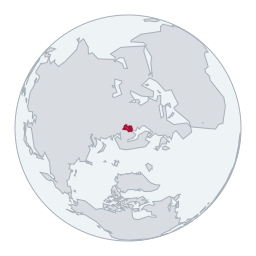 the Earth from above Leningrad, rotated 207°
{"feature_id": "RUS-2336", "entity_name": "Leningrad", "entity_type": "Region", "adm_level": 1, "iso_a3": "RUS", "parent_name": "Russia", "parent_adm1": "", "projection": "orthographic", "projection_center": [31.635, 59.881], "detail": "fine", "context": "on_globe", "style": "filled", "palette": "rose", "viewbox_px": 256, "rotation_deg": 207, "n_neighbors": 0, "source": "natural_earth", "source_scale": "10m", "svg_char_len": 12787}
<svg xmlns="http://www.w3.org/2000/svg" viewBox="0 0 256 256"><g transform="rotate(207 128 128)"><circle cx="128" cy="128" r="113" fill="#eef3f6" stroke="#a8b0b8"/><path d="M59.1,38.9L75.0,29.2L64.7,34.8L68.5,32.4L73.2,29.6L72.4,30.2L79.3,27.2L84.8,24.9L93.1,23.5L97.8,26.4L94.7,26.9L96.2,27.7L100.3,27.2L102.6,26.7L113.3,30.1L126.8,31.2L131.4,29.6L130.1,31.7L139.0,27.5L146.5,27.6L137.8,28.7L136.8,29.9L141.8,30.5L141.8,31.8L144.2,32.9L143.7,34.5L138.7,35.2L138.3,36.3L141.9,36.7L143.7,38.7L138.5,37.9L141.1,41.4L133.1,43.6L119.7,40.9L115.0,44.2L100.5,46.9L101.5,48.3L96.7,50.4L96.2,52.8L93.6,52.8L95.4,54.8L97.8,54.4L99.4,55.1L99.3,56.6L96.0,56.8L95.6,56.1L94.6,56.9L93.0,56.4L93.8,57.4L89.8,57.6L93.5,59.6L90.2,61.6L87.7,61.1L88.2,58.3L83.6,50.8L81.2,49.8L77.2,51.0L69.2,59.1L66.4,59.2L62.4,61.5L63.8,62.6L67.4,61.3L69.0,64.1L73.2,62.3L74.5,63.2L78.7,62.7L77.8,65.9L74.5,69.4L71.0,70.1L69.4,71.7L72.6,73.7L65.7,77.7L60.7,85.4L59.0,86.2L56.0,82.7L56.6,75.8L52.8,72.1L54.9,77.8L50.5,80.0L49.7,81.8L49.7,83.7L51.2,84.2L49.7,85.7L47.0,80.5L48.4,79.0L49.2,80.6L49.5,77.5L47.6,74.3L45.5,75.8L45.0,69.9L43.4,71.0L42.5,70.4L44.9,69.0L40.5,71.5L39.5,66.1L33.5,70.9L39.8,63.7L42.2,59.9L44.7,55.9L43.7,56.6L48.3,50.9L50.3,47.6L47.7,49.1L44.4,52.5L51.4,45.4L59.1,38.9ZM41.8,55.5L38.7,59.4L38.7,59.7L36.1,63.7L34.8,64.8L41.8,55.5ZM33.2,67.1L29.6,73.3L29.0,74.2L33.2,67.1ZM22.2,89.4L22.0,89.9L21.0,93.8L19.8,96.9L20.1,97.0L18.9,101.3L17.5,111.6L17.3,111.5L16.0,124.2L16.5,135.8L16.6,140.5L16.4,140.8L17.0,144.7L17.0,145.8L21.2,161.5L24.9,171.5L25.8,174.8L25.0,173.5L21.8,165.5L19.2,157.3L17.3,148.9L16.0,140.3L15.4,131.7L15.5,123.1L16.2,114.5L17.5,106.0L19.5,97.6L22.2,89.4ZM32.1,71.9L26.3,83.5L28.1,78.4L28.0,79.0L29.8,75.7L32.6,70.5L34.6,66.4L32.1,71.9ZM33.0,73.7L33.9,71.9L33.3,73.5L33.0,73.7ZM103.6,26.3L100.3,27.1L96.6,27.1L99.4,26.3L103.6,26.3ZM110.7,26.9L109.1,27.5L107.6,26.3L108.9,26.3L110.7,26.9ZM134.7,28.3L132.0,28.2L134.6,27.8L134.7,28.3ZM144.6,32.8L145.4,32.5L146.3,33.2L144.6,32.8ZM79.0,61.0L78.9,61.8L78.1,61.5L79.0,61.0ZM81.0,60.0L80.2,59.0L81.0,58.4L81.5,59.0L81.0,60.0ZM146.5,36.4L147.7,37.8L145.6,36.4L146.5,36.4ZM81.7,61.3L82.6,57.5L84.0,56.4L87.0,58.0L81.7,61.3ZM147.9,38.7L151.0,42.3L153.0,41.7L149.2,45.5L147.8,41.1L144.8,39.5L147.2,39.6L147.9,38.7ZM98.6,53.6L96.0,54.1L98.3,52.4L98.6,53.6ZM99.7,52.3L104.3,46.2L108.1,46.3L105.8,48.3L110.7,47.4L110.3,50.4L107.5,51.6L105.1,50.9L106.8,52.6L99.7,52.3ZM146.6,47.1L146.6,48.1L145.7,47.2L146.6,47.1ZM100.2,55.3L100.8,54.0L104.1,54.0L103.5,56.6L102.6,55.7L100.2,55.3ZM112.3,45.8L114.6,46.3L114.9,48.8L115.9,49.4L110.6,50.5L112.3,45.8ZM101.8,56.5L103.1,57.9L101.5,59.3L99.8,56.6L101.8,56.5ZM105.2,52.9L106.8,53.0L105.7,53.8L105.2,52.9ZM96.3,65.2L97.0,63.5L98.8,63.3L96.3,65.2ZM103.7,58.4L104.3,57.9L105.1,57.7L105.6,58.9L103.7,58.4ZM111.2,52.3L110.8,53.3L113.4,52.0L113.7,53.9L110.1,54.4L111.8,55.0L111.9,55.6L108.9,55.3L111.2,52.3ZM108.4,59.4L104.0,60.8L102.4,63.9L100.7,64.1L103.6,59.2L108.4,59.4ZM108.9,57.0L108.2,58.6L106.5,58.0L106.0,56.6L108.9,57.0ZM115.2,55.1L115.6,52.0L116.4,52.0L115.2,55.1ZM108.2,60.4L109.3,60.1L108.3,60.7L108.2,60.4ZM113.4,56.9L113.5,55.7L114.3,55.8L113.4,56.9ZM111.4,60.4L110.0,60.8L109.6,59.9L111.4,60.4ZM112.6,58.9L113.8,59.2L110.3,59.3L112.5,58.3L112.6,58.9ZM114.2,57.1L114.8,56.8L114.1,57.6L114.2,57.1ZM113.8,63.8L109.5,64.1L108.6,62.0L112.9,62.0L113.8,63.8ZM102.5,237.7L99.6,236.9L91.1,231.9L94.0,230.4L92.8,227.8L84.3,218.9L86.2,215.3L83.9,212.6L79.2,211.3L76.6,207.9L73.8,206.6L56.4,198.6L51.2,191.6L45.5,175.1L48.7,172.7L49.6,166.7L72.3,157.6L76.8,161.6L94.3,165.5L96.4,167.0L94.0,172.0L106.9,181.7L111.4,177.9L123.4,182.5L131.6,182.4L135.1,172.2L121.7,172.2L119.7,167.0L130.7,162.5L142.5,162.4L142.1,160.3L135.0,156.2L138.0,152.0L132.5,154.4L134.5,156.5L131.2,158.1L129.1,156.3L130.3,154.8L126.8,153.9L122.3,161.3L123.8,164.3L114.5,164.9L116.2,169.9L113.6,171.9L109.8,164.2L110.4,161.5L103.1,152.0L101.6,154.8L108.4,164.0L106.2,163.0L104.2,167.2L103.9,163.2L96.9,152.7L88.7,151.9L77.8,159.2L73.1,157.8L69.4,153.3L73.9,143.2L83.9,147.5L85.6,144.2L84.1,137.4L87.2,139.4L87.8,137.3L91.6,138.6L97.4,135.0L101.3,135.7L104.0,129.2L106.4,128.8L104.1,132.6L104.6,135.8L114.4,137.5L116.4,136.3L117.4,132.0L120.0,133.2L119.7,128.8L125.5,127.7L118.1,125.6L119.1,120.8L122.8,117.5L121.8,115.6L115.7,121.1L114.5,123.6L115.5,126.4L110.9,133.4L107.5,134.0L107.2,125.4L102.3,125.4L104.3,119.0L119.6,107.8L125.8,105.9L135.1,112.6L133.4,115.7L129.2,114.7L132.7,120.0L132.6,117.5L134.7,118.5L136.2,114.4L137.7,114.9L136.4,110.2L138.5,110.4L139.3,113.4L143.3,107.8L147.8,107.2L147.9,105.7L146.8,104.3L153.2,104.6L153.0,103.5L150.8,103.0L149.0,100.5L148.4,96.2L150.6,96.6L151.2,98.1L155.8,102.1L156.9,106.4L157.7,106.1L157.3,102.5L151.7,97.6L150.7,95.0L153.6,96.9L152.5,96.0L152.7,94.8L155.0,94.0L151.9,91.8L150.9,78.9L155.3,76.3L158.0,79.2L159.7,71.2L164.5,69.2L162.5,68.7L162.0,64.7L160.5,65.3L159.4,64.7L157.3,55.2L158.6,53.4L155.4,49.1L154.4,48.8L153.2,49.9L149.2,45.5L153.0,41.7L155.2,42.4L156.1,39.7L160.9,41.8L165.3,42.4L170.1,46.4L173.2,46.7L173.1,45.7L177.3,45.4L185.9,48.8L179.0,50.6L166.1,47.3L171.4,49.0L170.2,50.0L172.1,51.6L175.8,52.7L176.2,52.0L182.3,61.9L191.2,68.7L190.6,64.3L192.9,63.2L202.6,67.9L214.1,84.2L217.4,83.5L219.4,85.2L220.6,89.3L217.7,87.0L216.5,89.0L214.7,87.2L215.7,93.3L213.1,91.0L215.1,97.0L217.3,97.3L217.4,92.7L220.3,99.1L223.8,97.9L227.2,101.2L231.3,115.1L231.0,124.5L231.6,126.1L229.9,127.6L230.0,133.8L235.0,135.1L235.7,137.1L234.8,146.9L234.4,145.6L229.9,149.7L230.8,155.6L234.2,153.6L235.5,155.9L233.6,159.0L232.1,157.2L230.5,158.5L229.7,153.9L226.1,150.2L224.1,155.5L223.1,152.8L217.8,151.3L214.2,158.8L209.4,174.4L210.6,181.7L208.1,187.3L200.3,182.1L196.8,175.9L194.0,178.8L186.0,176.0L172.1,182.5L170.1,180.9L167.5,183.0L161.9,182.6L158.9,179.5L155.4,180.7L163.5,188.5L167.1,187.1L170.2,182.1L171.7,185.2L177.2,186.0L171.1,196.5L150.6,208.7L148.6,203.3L133.2,187.3L133.7,185.1L133.6,184.8L133.4,184.4L132.0,188.0L129.3,184.4L137.5,196.8L138.9,201.8L150.3,209.1L149.2,210.1L152.9,211.1L164.7,206.1L164.8,207.9L159.2,217.2L142.8,228.9L145.0,233.1L143.9,236.3L133.8,238.7L134.9,239.8L129.7,240.3L129.4,240.6L126.8,240.6L118.7,240.3L110.5,239.3L102.5,237.7ZM64.2,165.8L63.5,167.6L64.2,165.8ZM154.9,167.1L162.0,165.6L158.9,159.7L161.4,158.6L159.4,157.1L158.7,159.2L153.9,154.6L156.9,151.7L156.1,148.8L153.7,149.2L148.8,155.3L155.6,161.9L154.0,165.1L154.9,167.1ZM17.5,111.9L17.2,113.8L17.3,112.1L17.5,111.9ZM27.5,78.7L26.7,80.8L26.0,82.2L26.4,80.8L27.5,78.7ZM22.4,96.0L21.9,98.7L22.1,96.4L22.4,96.0ZM25.6,85.3L22.9,94.0L23.4,90.0L25.3,84.6L24.4,87.6L25.6,85.3ZM31.8,74.1L31.1,75.5L30.7,75.6L31.8,74.1ZM32.6,74.9L32.7,74.4L33.4,73.4L32.6,74.9ZM50.7,80.3L50.9,80.8L50.5,82.8L50.0,82.0L50.7,80.3ZM53.6,90.8L51.0,93.1L52.5,90.9L51.1,90.2L52.5,84.9L58.1,86.3L55.3,86.5L53.6,90.8ZM55.9,78.4L54.4,81.4L55.8,78.0L55.9,78.4ZM87.3,124.8L88.4,126.9L86.7,129.0L81.8,128.6L84.2,125.5L87.3,124.8ZM90.4,129.4L91.5,121.4L94.7,121.5L92.7,122.7L94.7,123.6L92.1,125.9L93.9,134.1L92.6,136.6L84.2,134.2L87.7,133.5L86.4,131.4L90.4,129.4ZM88.9,102.1L89.5,99.0L95.6,103.1L94.4,105.6L89.3,105.2L87.8,102.1L88.9,102.1ZM86.6,65.0L86.5,63.8L87.4,63.7L88.3,64.6L86.6,65.0ZM96.5,64.4L88.4,70.0L87.8,68.9L83.8,73.7L80.6,72.8L83.3,69.7L77.9,72.7L79.0,69.5L75.5,71.9L81.8,65.1L82.6,62.5L82.9,65.7L85.8,66.6L87.4,66.2L92.2,63.2L95.4,58.3L98.8,58.5L100.4,60.0L100.1,61.2L98.0,60.6L99.2,62.7L95.9,62.8L96.5,64.4ZM116.7,79.4L114.3,77.9L116.2,82.8L112.9,82.6L113.3,83.2L110.8,84.4L108.5,87.0L107.1,86.5L106.8,87.7L105.2,88.6L104.3,90.2L101.4,89.8L100.1,91.7L99.5,90.5L98.1,93.9L97.9,91.2L95.7,92.3L97.0,94.3L83.6,89.5L78.2,89.8L73.8,91.6L74.0,87.0L78.3,82.4L84.5,78.8L89.7,79.3L88.8,77.2L91.1,76.9L90.8,78.6L92.6,75.7L94.4,75.9L99.8,73.2L101.3,69.0L103.3,68.0L103.6,69.7L105.5,67.5L107.4,70.1L108.9,69.5L112.4,71.6L112.1,75.5L113.8,74.5L116.5,76.1L116.7,79.4ZM114.7,64.5L115.1,69.0L113.6,71.2L108.2,66.7L106.6,66.9L103.1,64.3L105.4,61.3L106.2,62.3L107.5,62.6L106.3,63.4L108.3,62.9L109.4,64.3L111.2,64.4L110.9,65.8L114.7,64.5ZM99.1,165.5L100.7,166.2L103.4,166.5L102.3,169.2L99.1,165.5ZM94.1,158.5L95.7,158.5L95.3,162.3L93.6,161.7L94.1,158.5ZM96.8,155.4L95.8,158.2L95.3,156.3L96.8,155.4ZM105.6,132.5L107.3,132.4L107.3,133.4L106.3,134.7L105.6,132.5ZM121.6,94.5L120.4,93.1L121.0,92.6L120.7,88.7L123.1,88.6L124.2,90.9L121.6,94.5ZM132.7,174.1L130.2,176.1L129.0,175.2L130.1,174.7L132.7,174.1ZM115.4,173.4L119.2,175.0L115.0,174.1L115.4,173.4ZM124.1,93.7L123.7,92.1L125.1,93.1L124.1,93.7ZM124.8,88.4L126.6,89.1L123.3,88.2L124.8,88.4ZM163.1,231.8L155.2,237.0L149.9,238.1L149.0,237.7L152.0,235.0L158.2,232.8L161.2,230.6L163.1,231.8ZM236.5,158.1L235.4,161.8L235.9,159.8L237.8,153.1L236.5,158.1ZM235.8,160.2L233.6,164.4L228.5,165.6L230.4,162.5L235.2,157.7L235.0,159.1L236.4,157.1L235.8,160.2ZM239.6,143.1L238.9,147.6L238.3,150.1L237.9,149.0L238.1,146.2L238.7,143.9L239.5,128.8L240.0,126.8L240.1,132.1L240.5,131.6L240.2,138.1L240.0,140.1L239.6,143.1ZM211.1,182.0L213.7,183.8L212.2,186.1L211.1,182.0ZM238.7,120.9L239.1,127.3L238.4,120.4L238.7,120.9ZM237.6,115.6L238.1,116.7L237.5,117.0L237.6,115.6ZM232.6,128.0L232.1,130.8L231.5,129.9L231.9,125.8L232.6,128.0ZM229.8,104.1L231.8,106.8L232.4,108.3L231.2,107.8L229.8,104.1ZM144.0,91.7L141.8,97.1L141.8,101.1L144.2,103.6L139.8,102.5L139.8,96.3L144.0,91.7ZM149.8,80.4L147.6,78.5L149.2,77.9L149.9,78.3L149.8,80.4ZM148.1,80.3L144.3,80.6L143.4,78.6L146.6,78.7L148.1,80.3ZM134.2,87.0L133.4,88.6L132.2,87.7L134.2,87.0ZM240.5,133.3L240.6,130.9L240.6,128.0L240.5,122.6L240.6,124.2L240.6,130.2L240.6,130.4L240.5,133.3ZM239.9,116.1L239.5,117.0L239.8,120.4L238.8,112.1L239.3,112.7L239.9,116.1ZM238.7,114.0L239.0,117.2L238.4,112.9L238.7,114.0ZM238.8,117.1L238.2,115.9L238.3,114.2L238.8,117.1ZM238.7,112.8L237.7,109.8L238.3,110.3L238.7,112.8ZM236.7,113.5L237.9,111.7L237.3,116.1L234.8,111.5L234.8,109.1L236.7,113.5ZM220.9,81.3L219.5,80.5L218.8,78.1L220.0,79.3L220.9,81.3ZM215.3,70.0L218.2,77.3L220.3,83.3L220.8,82.4L223.3,85.7L221.3,86.0L218.1,80.1L216.9,75.9L214.5,73.6L212.3,69.6L209.3,68.1L207.6,66.0L209.9,66.2L215.3,70.0ZM208.0,67.6L202.0,63.9L201.7,60.5L203.0,60.5L205.9,63.6L205.8,65.2L208.0,67.6ZM200.4,62.1L200.3,63.7L191.2,62.7L189.3,61.7L196.0,60.3L196.3,61.8L198.6,62.7L200.4,62.1ZM147.8,48.0L146.7,48.1L147.4,47.4L147.8,48.0ZM158.6,65.1L157.3,64.3L158.2,63.4L158.6,65.1ZM154.3,61.4L154.2,63.0L153.3,61.2L154.3,61.4ZM154.3,66.7L153.8,63.6L155.6,66.8L154.3,66.7Z" fill="#d9dde1" stroke="#a8b0b8" stroke-width="1"/><path d="M124.5,126.4L124.7,126.2L124.8,126.0L125.0,125.9L125.2,125.7L125.3,125.6L125.5,125.4L125.8,125.2L125.9,125.3L126.0,125.3L126.3,125.4L129.0,126.5L129.2,126.4L129.4,126.3L129.4,126.2L129.5,126.2L129.4,126.1L129.5,126.0L129.7,125.9L129.8,125.8L130.0,125.9L130.1,125.6L129.9,125.5L129.7,125.5L129.7,125.4L129.8,125.3L130.4,125.3L130.5,125.3L130.6,125.5L130.7,125.4L130.7,125.2L130.8,125.2L131.0,125.2L131.4,125.2L131.5,125.1L131.5,125.3L131.8,125.3L131.8,125.5L131.7,125.7L131.7,125.8L131.6,126.0L131.4,126.0L131.4,126.3L131.5,126.3L131.5,126.5L131.5,126.8L131.5,127.0L131.4,127.1L131.4,127.3L131.5,127.5L131.4,127.6L131.5,127.7L131.8,127.8L131.7,127.8L131.7,128.1L131.8,128.2L131.8,128.3L132.0,128.2L132.0,128.3L131.9,128.4L131.8,128.5L131.7,128.6L131.8,128.8L131.7,128.9L131.7,129.0L131.8,129.0L131.6,129.1L131.4,129.1L131.2,129.3L131.2,129.5L131.0,129.4L130.9,129.5L130.9,129.4L130.7,129.3L130.4,129.4L130.2,129.3L130.2,129.2L129.9,129.0L129.7,129.0L129.4,129.0L129.4,128.9L129.3,129.0L129.2,129.0L129.1,129.3L129.0,129.5L129.0,129.4L128.9,129.3L128.7,129.3L128.7,129.2L128.4,129.0L128.3,128.9L128.3,129.0L128.2,129.0L127.9,129.0L127.9,129.3L127.8,129.5L127.7,129.6L127.7,129.8L127.6,129.7L127.4,129.6L127.3,129.8L127.1,130.0L126.8,130.2L126.7,130.3L126.7,130.2L126.4,130.2L126.4,130.3L126.4,130.5L126.5,130.6L126.4,130.7L126.5,130.7L126.4,130.7L126.4,130.8L126.2,130.8L125.8,130.7L125.6,130.4L125.4,130.2L125.1,130.0L124.9,129.9L124.6,129.9L124.5,129.7L124.4,129.7L124.2,129.6L124.2,129.3L124.2,129.2L124.3,129.1L124.5,129.0L124.4,129.0L124.5,129.0L124.5,128.9L124.4,128.7L124.5,128.5L124.4,128.4L124.4,128.2L124.5,128.1L124.6,128.3L124.8,128.3L124.8,128.1L125.0,128.0L125.3,128.1L125.4,127.9L125.5,127.8L125.6,127.7L126.1,127.8L126.1,128.0L126.3,128.2L126.5,128.4L126.6,128.5L126.9,128.5L126.9,128.4L127.0,128.3L127.1,128.2L126.9,128.0L126.9,127.9L126.8,127.7L126.7,127.6L126.8,127.6L126.7,127.5L126.0,127.2L125.9,127.3L125.5,127.4L125.4,127.3L125.4,127.2L125.2,127.0L125.1,126.9L125.0,126.7L124.9,126.6L125.0,126.6L125.1,126.8L125.2,126.7L125.1,126.4L124.9,126.4L124.9,126.5L124.7,126.6L124.4,126.6L124.5,126.4ZM125.1,126.5L125.1,126.4L125.1,126.5ZM123.5,127.5L123.4,127.6L123.4,127.4L123.5,127.5ZM124.9,127.0L125.0,127.0L124.9,127.0L124.9,127.0ZM124.3,127.6L124.2,127.7L124.3,127.6L124.3,127.6Z" fill="#f43f5e" stroke="#9f1239" stroke-width="1.5"/></g></svg>